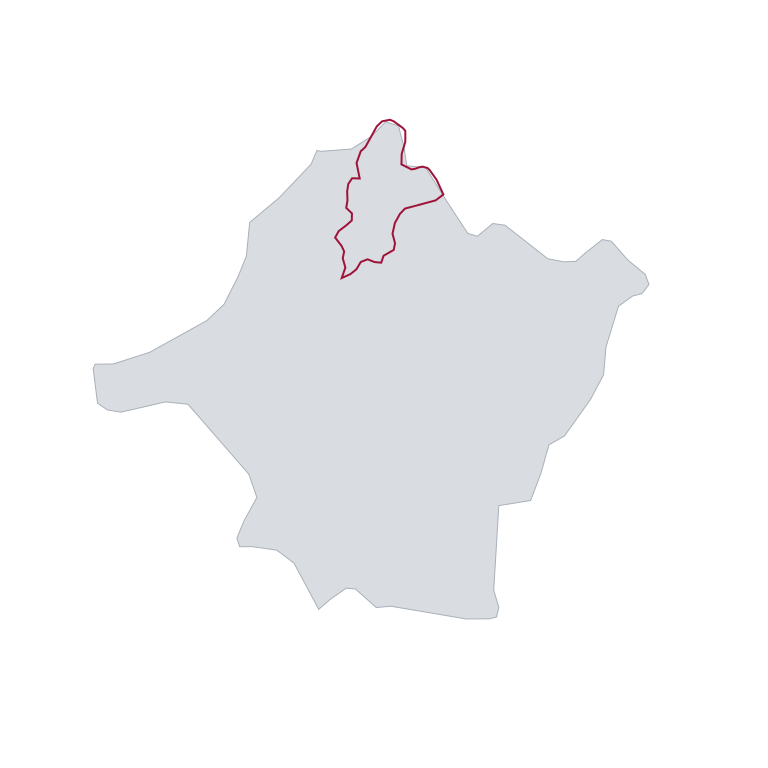 Peć on a map of Kosovo (orthographic projection), rotated 75°
{"feature_id": "KOS-5886", "entity_name": "Peć", "entity_type": "District", "adm_level": 1, "iso_a3": "XKX", "parent_name": "Kosovo", "parent_adm1": "", "projection": "orthographic", "projection_center": [20.272, 42.674], "detail": "fine", "context": "in_parent", "style": "outline", "palette": "rose", "viewbox_px": 768, "rotation_deg": 75, "n_neighbors": 0, "source": "natural_earth", "source_scale": "10m", "svg_char_len": 1763}
<svg xmlns="http://www.w3.org/2000/svg" viewBox="0 0 768 768"><g transform="rotate(75 384 384)"><path d="M223.7,276.1L260.2,264.1L265.5,255.6L257.1,237.4L262.0,226.0L305.4,193.4L312.6,178.6L315.2,167.0L309.2,154.9L301.0,135.7L304.9,127.5L327.5,116.3L345.7,103.3L356.5,102.3L363.4,111.5L363.4,121.1L369.5,137.3L383.1,145.9L405.7,160.0L431.9,169.5L452.6,188.8L480.9,223.2L485.4,240.4L510.8,255.5L534.4,272.5L531.2,304.6L611.6,331.4L629.6,330.9L638.2,335.6L638.1,342.9L632.2,365.5L600.4,434.9L597.9,449.3L574.6,464.7L571.4,473.4L578.4,492.3L584.8,505.5L584.3,505.5L533.7,517.3L516.7,530.6L506.9,553.6L503.8,565.5L494.8,566.0L479.7,554.4L460.7,536.1L436.1,537.9L352.8,578.6L344.7,599.8L343.1,645.4L337.5,657.8L328.5,665.7L293.8,660.9L290.1,657.9L294.6,640.4L292.7,602.1L276.9,538.8L265.7,518.0L242.8,497.4L225.0,483.9L193.1,471.9L177.0,437.1L152.8,397.5L141.1,388.4L143.0,384.5L148.6,354.7L141.8,332.9L131.2,314.4L138.5,303.2L160.7,303.4L179.1,305.5L185.8,287.8L223.7,276.1Z" fill="#d9dde1" stroke="#a8b0b8" stroke-width="1"/><path d="M176.4,310.3L183.8,302.0L184.2,298.1L183.8,294.5L184.0,290.6L186.5,286.2L189.0,284.6L200.2,280.4L216.3,277.6L220.0,286.6L220.0,296.9L220.0,308.2L220.0,318.4L223.8,324.6L231.3,331.8L241.1,336.9L250.9,336.9L257.0,339.9L260.0,351.2L266.1,355.3L263.8,361.5L259.3,367.6L260.1,374.8L266.1,381.0L269.2,388.1L270.7,397.4L261.6,391.2L251.8,391.3L245.7,388.2L239.7,389.2L229.9,393.3L224.6,388.2L220.8,379.0L217.7,372.8L210.9,370.8L204.1,374.9L197.3,371.8L188.3,369.7L181.5,366.7L177.0,361.5L179.2,354.3L163.4,353.3L153.0,346.1L152.4,344.6L150.1,340.5L133.3,324.3L133.1,324.0L129.8,317.9L130.3,309.9L132.7,306.7L138.9,301.7L141.7,299.5L145.0,297.9L155.5,300.7L166.4,307.4L176.4,310.3Z" fill="none" stroke="#9f1239" stroke-width="2"/></g></svg>